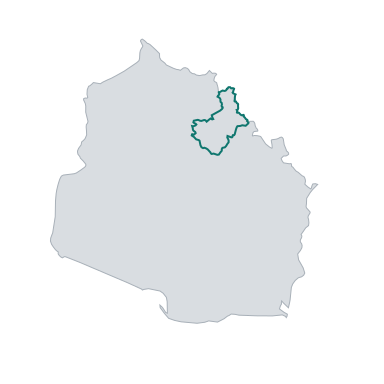 location of Silesian within Poland, rotated 200°
{"feature_id": "POL-3146", "entity_name": "Silesian", "entity_type": "Voivodeship", "adm_level": 1, "iso_a3": "POL", "parent_name": "Poland", "parent_adm1": "", "projection": "mercator", "projection_center": [18.978, 50.212], "detail": "medium", "context": "in_parent", "style": "outline", "palette": "teal", "viewbox_px": 384, "rotation_deg": 200, "n_neighbors": 0, "source": "natural_earth", "source_scale": "10m", "svg_char_len": 5507}
<svg xmlns="http://www.w3.org/2000/svg" viewBox="0 0 384 384"><g transform="rotate(200 192 192)"><path d="M312.3,213.9L313.7,216.9L314.3,219.2L313.7,221.0L313.9,222.8L319.2,230.7L321.2,236.4L322.5,238.6L325.4,241.5L325.7,242.7L324.5,243.8L322.8,244.2L322.3,245.2L324.1,247.9L325.4,252.3L325.3,256.0L324.3,256.9L323.0,259.1L322.1,261.1L315.1,262.4L313.5,264.6L309.6,268.6L307.0,271.0L303.2,275.2L297.0,282.4L288.2,294.6L286.7,297.4L287.0,299.7L288.6,305.0L288.9,307.4L288.6,309.6L288.1,311.6L288.2,312.5L292.0,316.2L292.1,316.9L291.8,317.9L291.0,318.7L288.1,317.9L284.8,316.4L283.7,316.5L281.9,316.2L274.7,313.2L269.8,310.9L269.3,309.4L268.4,307.3L266.3,305.4L261.5,303.8L259.6,302.6L251.9,301.9L248.5,301.9L246.1,302.4L244.6,302.3L242.5,305.6L241.0,306.5L238.9,306.6L237.1,306.0L235.2,304.3L232.2,303.4L230.0,303.9L228.4,303.5L227.0,303.4L226.5,303.8L225.4,303.7L223.8,304.5L222.0,305.7L220.0,306.5L218.5,308.4L217.2,312.1L213.4,310.4L212.1,311.2L210.4,311.6L209.1,311.1L209.4,309.9L210.0,308.4L210.0,306.5L209.6,304.2L208.4,303.5L206.7,303.3L205.8,302.8L205.7,302.1L204.8,301.2L203.2,298.8L201.7,295.8L200.7,294.9L199.2,296.4L197.0,298.0L195.6,298.5L192.9,303.1L188.0,303.3L187.7,301.1L187.2,299.0L184.4,298.5L184.3,297.3L183.7,294.3L178.0,288.3L177.3,285.8L177.5,284.9L177.1,283.3L175.9,282.3L171.4,281.2L170.2,281.8L169.2,281.1L167.6,279.7L164.7,278.5L164.4,277.9L163.4,276.9L162.8,276.8L162.4,277.4L161.6,278.3L158.7,279.4L157.5,278.9L156.5,278.0L155.3,275.9L153.5,274.0L152.1,273.4L151.2,272.4L151.1,271.7L154.3,270.1L155.0,268.6L154.6,265.7L154.1,265.4L152.8,266.4L150.1,267.2L147.6,267.6L146.4,267.6L139.3,262.4L134.7,260.8L132.0,260.4L131.7,260.9L133.0,263.8L135.1,267.4L135.0,268.3L131.0,270.4L129.3,271.7L127.9,273.4L126.7,274.2L125.6,274.0L124.4,273.1L121.5,267.9L117.8,263.8L117.4,262.9L116.3,262.7L114.6,261.7L114.1,260.5L114.9,259.2L116.0,258.0L118.0,257.3L118.6,256.6L119.0,255.5L119.7,254.2L119.5,253.7L118.1,252.2L116.0,250.7L110.2,251.8L108.6,252.6L107.8,251.6L107.1,250.1L105.6,249.8L103.6,248.5L101.2,247.2L98.9,246.8L94.1,244.9L92.2,244.8L91.2,244.1L90.0,242.7L89.1,241.1L88.6,237.9L85.0,236.4L81.5,235.5L81.2,236.0L81.4,239.2L81.2,240.9L78.9,242.0L76.5,242.1L76.7,241.6L79.4,235.7L80.7,232.0L82.1,225.3L80.4,220.0L79.9,217.5L79.1,216.3L74.3,213.7L73.9,212.8L74.6,209.2L74.3,207.7L73.1,206.1L71.6,203.0L71.0,200.3L72.9,197.2L74.3,191.7L75.0,189.5L73.7,188.2L73.4,186.5L73.8,184.0L73.1,182.1L71.3,180.9L70.2,179.3L69.7,177.3L70.1,174.2L71.5,169.9L68.6,164.7L61.6,158.7L58.3,154.4L58.6,152.0L60.0,149.8L62.7,147.8L64.7,144.3L65.9,140.1L66.0,136.3L62.9,124.1L62.4,121.0L61.8,116.2L67.9,118.9L70.5,120.3L70.2,118.7L69.6,117.3L70.0,115.2L69.8,112.0L64.3,110.4L60.6,109.8L60.2,107.6L60.5,106.2L61.5,107.1L65.1,107.4L74.0,103.1L89.4,97.6L105.8,92.3L109.6,91.8L113.4,90.7L114.9,88.7L116.3,87.4L118.5,83.9L123.5,78.5L132.2,76.6L135.4,74.0L142.3,70.4L157.8,66.3L164.4,65.4L170.7,65.3L176.4,68.5L182.4,72.5L183.5,74.8L180.2,73.4L175.5,69.8L173.7,69.7L177.8,80.4L180.0,84.2L184.5,87.0L188.2,88.0L199.8,86.3L203.9,84.0L205.1,82.9L206.1,83.5L221.2,84.7L273.8,87.5L288.9,87.9L289.8,87.6L291.3,85.8L293.2,86.1L295.4,87.2L296.5,88.0L296.9,88.9L297.2,90.0L298.4,90.2L300.6,91.1L303.6,93.0L306.0,94.8L308.2,97.4L309.0,100.3L309.0,103.7L308.9,105.8L312.1,122.1L317.2,136.9L319.1,144.0L319.8,147.8L320.4,153.2L320.6,157.1L320.6,159.2L320.2,162.2L318.7,163.9L308.9,168.9L307.1,170.4L304.2,174.3L301.5,178.3L300.9,179.6L300.8,180.5L301.3,181.8L304.8,183.9L308.4,185.6L309.5,186.9L312.1,188.5L313.0,190.0L313.6,191.3L313.5,194.2L312.3,198.3L312.8,201.3L311.6,203.4L310.7,205.6L310.5,209.6L312.3,213.9Z" fill="#d9dde1" stroke="#a8b0b8" stroke-width="1"/><path d="M200.9,294.8L200.6,294.8L198.0,297.8L196.0,298.1L195.1,298.7L194.8,299.3L194.3,300.6L194.5,301.0L193.9,301.4L193.7,302.7L193.5,303.0L192.0,303.5L190.7,302.8L190.1,303.0L189.1,303.6L187.8,303.5L187.7,303.1L187.8,301.7L187.6,300.0L187.8,299.3L187.0,298.8L184.4,298.6L184.5,297.9L184.4,297.0L184.0,295.2L183.5,293.8L183.2,292.0L182.8,291.7L181.6,292.0L180.3,290.9L179.1,290.7L178.6,290.1L178.3,288.9L177.2,286.4L177.2,285.2L178.0,284.4L177.3,284.0L177.0,282.1L176.6,281.9L175.6,282.5L175.0,282.5L173.0,281.4L171.9,281.1L170.9,281.2L171.0,281.3L170.3,282.0L169.9,282.1L169.4,281.6L168.9,280.5L167.7,280.0L166.4,279.0L164.7,278.7L164.3,278.3L164.5,277.5L162.6,276.4L162.6,275.7L164.2,272.6L167.6,271.9L169.2,270.6L171.8,269.4L172.1,268.2L172.1,266.1L171.6,260.7L171.9,259.8L173.0,259.4L173.1,258.7L172.8,257.9L173.2,257.0L173.9,256.8L177.8,256.8L177.5,255.3L175.8,253.7L175.1,252.7L174.6,251.1L175.2,249.4L175.7,246.8L176.4,245.2L178.5,243.9L178.7,242.4L178.3,241.6L178.2,240.6L178.4,240.0L178.7,239.6L179.6,236.3L181.0,235.6L184.8,235.5L186.5,234.5L187.4,234.7L188.2,235.5L191.8,237.4L193.5,237.8L195.6,237.8L196.6,237.0L198.4,237.3L200.0,238.8L202.5,242.8L203.4,243.1L206.1,242.9L209.0,244.4L211.6,245.0L211.7,246.0L211.6,246.4L209.7,246.7L208.7,248.6L209.5,249.5L211.5,250.1L212.4,250.8L213.2,252.4L214.4,254.0L213.4,254.1L211.5,255.7L211.0,256.9L211.9,257.4L213.7,257.6L214.5,257.9L214.7,259.6L211.4,261.7L210.5,261.9L209.0,261.7L207.5,262.0L205.2,263.8L203.8,264.0L202.3,263.1L200.8,265.7L199.7,267.4L197.9,267.1L197.0,267.8L198.5,269.2L199.7,270.9L193.4,278.1L192.2,280.2L191.9,281.6L192.4,282.3L193.1,282.3L193.7,283.1L193.8,284.5L194.6,285.9L195.9,286.4L196.5,287.4L196.9,288.7L197.7,289.5L198.7,290.0L200.6,290.3L200.5,291.4L200.0,292.3L199.8,293.2L200.1,293.9L200.8,294.4L200.9,294.8Z" fill="none" stroke="#0f766e" stroke-width="2"/></g></svg>